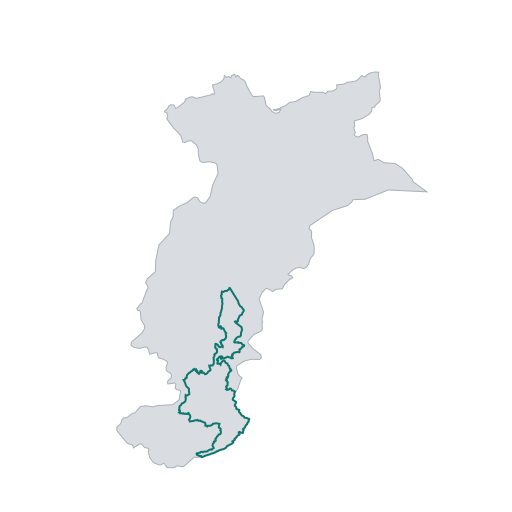 K.P. on a map of Pakistan (Natural Earth projection), rotated 164°
{"feature_id": "PAK-1123", "entity_name": "K.P.", "entity_type": "Province", "adm_level": 1, "iso_a3": "PAK", "parent_name": "Pakistan", "parent_adm1": "", "projection": "natural_earth1", "projection_center": [72.151, 34.071], "detail": "fine", "context": "in_parent", "style": "outline", "palette": "teal", "viewbox_px": 512, "rotation_deg": 164, "n_neighbors": 0, "source": "natural_earth", "source_scale": "10m", "svg_char_len": 9657}
<svg xmlns="http://www.w3.org/2000/svg" viewBox="0 0 512 512"><g transform="rotate(164 256 256)"><path d="M431.4,111.4L437.9,126.5L436.9,129.8L432.1,132.3L430.2,135.4L427.9,136.8L424.9,136.2L418.6,138.7L415.7,138.6L408.4,143.2L402.6,142.2L396.7,139.4L391.5,139.3L377.0,136.0L369.5,139.0L365.8,146.6L366.2,148.0L368.7,149.1L369.8,150.5L370.0,151.7L368.3,154.9L369.3,156.4L375.9,157.2L376.0,158.4L375.3,160.1L370.5,162.8L370.0,164.6L370.6,167.0L373.9,170.5L373.2,173.8L370.4,177.7L370.7,179.2L373.4,182.3L377.4,184.6L378.0,188.2L377.5,189.6L378.6,190.7L385.5,191.0L385.0,195.2L386.0,198.3L388.3,199.3L392.8,199.1L398.3,201.6L400.6,204.2L400.4,205.9L398.8,208.0L387.3,213.2L383.2,216.8L382.2,219.7L384.1,226.5L382.5,234.2L383.0,235.6L384.6,236.2L385.1,238.3L379.4,242.2L378.5,242.2L371.1,252.5L368.7,254.8L368.3,257.1L369.5,260.6L366.7,264.2L357.1,268.5L353.7,279.1L346.3,293.4L333.6,301.0L332.5,302.5L328.8,312.1L324.7,316.8L322.9,322.7L315.5,325.2L307.4,326.3L300.3,329.5L298.6,329.6L296.2,328.0L294.8,323.4L291.6,321.0L289.7,321.0L283.7,325.8L278.1,336.1L269.8,345.7L268.3,354.5L269.1,356.2L274.3,359.3L281.7,360.7L283.7,362.7L283.3,370.7L282.0,374.6L282.5,379.0L286.2,384.6L290.4,385.3L293.2,384.6L295.0,385.7L295.0,392.4L300.2,402.3L304.0,412.6L302.4,414.5L302.3,415.8L302.3,418.1L304.0,419.6L303.9,420.5L300.3,422.0L298.5,424.3L296.4,424.9L293.3,423.8L292.6,420.0L291.2,420.1L282.3,423.6L280.5,426.2L275.5,426.9L273.5,426.7L269.9,423.9L254.8,423.4L253.2,424.2L252.1,422.8L250.9,424.2L250.7,432.4L245.3,432.3L240.6,433.4L237.9,435.4L236.7,438.2L234.9,435.6L233.0,436.1L230.9,434.1L229.9,436.2L226.5,436.6L226.0,433.6L224.1,434.7L222.7,433.1L222.1,430.9L219.6,428.9L218.3,426.6L217.9,421.4L215.3,410.7L213.7,409.7L204.7,407.8L204.2,406.0L204.7,397.8L201.8,393.6L201.0,390.7L198.6,388.2L196.2,387.5L193.8,387.8L191.8,390.5L196.9,390.1L199.5,391.8L194.1,391.3L186.1,392.5L181.4,394.3L175.2,393.7L167.3,395.5L160.8,395.6L158.0,399.0L155.4,397.5L146.5,394.9L144.4,392.9L141.6,394.6L136.7,393.4L132.9,394.3L131.5,395.8L131.4,398.2L124.0,397.0L120.5,397.8L112.5,396.7L110.4,397.0L104.4,400.3L101.8,397.8L99.3,399.7L95.1,400.4L91.4,400.2L87.3,398.9L88.5,396.2L89.9,383.4L92.0,380.9L93.5,372.0L94.3,370.4L99.9,367.8L100.8,366.4L103.4,366.8L105.1,363.1L108.1,361.2L116.0,358.9L124.5,358.7L125.2,353.6L126.7,352.4L126.6,347.0L128.1,345.7L128.0,344.9L127.0,343.4L125.0,342.2L119.3,343.1L115.8,342.2L115.9,339.3L117.1,335.5L115.8,321.6L116.3,315.0L111.9,315.2L107.2,310.3L96.8,306.6L91.0,299.9L84.8,286.9L84.5,284.0L74.1,270.6L110.7,283.0L135.4,280.5L147.3,283.4L149.0,281.6L154.1,279.2L169.9,278.8L195.7,270.4L197.6,267.6L196.1,265.5L196.0,263.7L197.6,257.9L197.3,250.0L198.7,244.7L199.9,241.7L204.4,238.7L207.5,233.9L209.7,232.0L211.9,230.9L214.2,231.0L216.2,232.6L220.0,233.3L223.7,232.8L230.2,229.8L230.1,228.9L227.1,226.8L226.6,225.4L227.7,224.5L230.3,224.2L236.5,220.7L239.8,217.2L246.1,218.6L249.6,217.2L253.7,221.5L255.6,221.9L260.5,219.0L264.9,213.6L264.2,199.9L267.9,193.1L267.9,190.9L269.0,189.0L270.1,183.8L271.6,182.6L274.6,181.8L279.5,181.3L287.1,176.5L287.6,174.3L284.3,167.4L278.5,159.8L279.0,156.8L281.3,155.5L288.7,158.0L296.0,158.3L304.8,155.6L305.7,153.7L305.8,146.8L303.0,142.4L305.2,140.5L310.3,133.2L313.9,130.5L317.5,124.5L315.9,121.6L317.1,118.4L316.5,114.6L315.3,113.2L313.3,106.7L311.4,103.8L308.0,101.0L309.0,98.8L317.6,90.2L320.9,90.3L322.0,88.9L328.1,84.8L329.4,83.0L339.7,79.5L350.6,78.4L364.9,77.8L370.9,79.6L383.2,73.8L385.2,73.8L389.6,76.1L393.2,75.1L395.2,75.5L399.7,77.2L401.4,82.0L402.2,82.3L404.7,81.4L406.8,81.9L411.6,85.7L413.7,91.7L413.6,97.5L412.2,99.7L412.4,100.8L415.9,102.6L417.7,106.8L420.0,107.3L426.6,105.3L426.9,108.4L431.4,111.4Z" fill="#d9dde1" stroke="#a8b0b8" stroke-width="1"/><path d="M362.1,77.6L363.7,77.7L363.6,78.2L363.9,78.9L365.3,79.3L367.4,80.9L367.7,81.6L367.5,82.6L367.3,82.7L365.4,82.2L364.7,82.6L363.9,82.3L363.0,82.9L361.7,82.7L361.1,82.0L360.6,82.2L359.5,82.2L357.2,81.6L354.5,82.5L352.7,82.6L351.9,82.0L350.9,82.7L349.6,83.0L349.6,84.0L350.1,85.6L349.2,87.4L347.6,88.3L347.8,88.9L347.7,89.2L345.7,89.5L345.5,90.1L345.5,91.3L345.3,91.6L344.3,92.0L343.3,93.2L341.8,93.9L341.2,94.7L339.7,94.6L339.1,94.9L338.6,95.5L338.1,97.4L338.4,98.1L337.7,99.1L337.6,99.5L337.9,100.2L338.8,101.0L339.0,101.7L337.4,104.8L340.5,106.2L343.5,106.6L343.8,106.6L344.0,106.2L345.2,105.6L347.4,105.5L349.0,106.1L349.5,106.0L350.0,105.6L351.5,107.0L350.9,107.7L350.9,109.7L354.5,112.5L354.9,113.1L356.5,113.4L357.2,114.5L357.9,114.2L358.4,114.3L359.3,114.9L362.0,114.7L365.2,115.2L365.5,117.3L364.2,118.1L363.4,119.8L363.3,121.1L364.0,122.3L364.0,123.4L364.4,123.8L365.2,123.1L366.0,123.2L366.7,123.5L367.3,124.0L367.8,123.8L368.6,124.1L369.3,124.9L370.1,124.7L371.0,125.5L372.5,125.7L372.6,126.2L373.1,126.8L372.3,127.2L371.8,128.0L371.8,128.5L372.4,128.8L372.5,129.2L371.8,130.0L371.6,131.4L371.1,131.9L370.9,132.6L370.6,132.9L369.3,133.3L367.9,134.7L366.3,134.7L365.5,135.2L364.8,135.3L363.9,136.0L362.6,138.5L362.8,139.6L362.0,141.5L361.6,140.9L361.1,140.8L360.0,141.3L359.1,141.2L358.2,141.5L357.9,142.6L357.9,143.6L357.7,144.1L357.6,145.2L357.1,146.7L357.2,147.2L358.7,149.6L359.1,151.5L359.1,153.4L359.7,156.7L359.1,156.5L358.4,156.8L357.5,158.0L356.7,157.8L356.3,157.9L356.1,158.3L356.2,158.7L355.1,160.6L353.6,161.4L352.5,162.2L351.4,162.2L350.2,163.0L348.9,163.2L347.7,164.2L346.6,164.4L346.6,163.8L344.7,163.6L344.7,162.9L345.3,162.3L345.5,162.0L345.1,161.7L344.6,161.8L344.3,161.6L344.7,161.1L344.7,160.3L344.5,160.1L344.0,160.2L343.6,159.7L343.7,158.9L343.3,158.4L342.9,158.5L342.4,159.0L342.4,159.5L341.9,159.8L341.4,160.6L340.6,160.9L339.6,160.1L339.7,159.7L340.5,159.0L340.4,158.8L340.0,158.6L338.5,158.3L338.2,157.9L337.6,156.4L336.3,156.4L335.5,156.6L333.7,158.0L331.3,158.7L331.0,159.7L331.3,162.3L331.2,163.4L330.6,163.1L330.1,163.4L327.9,162.7L327.3,163.4L326.4,163.9L325.4,166.6L325.3,168.0L324.9,168.7L324.9,169.9L323.7,171.0L323.1,172.2L323.2,172.8L322.6,173.3L321.4,173.4L320.1,174.1L319.8,174.6L319.8,175.6L319.2,176.9L319.3,177.3L319.7,177.6L320.4,178.8L320.4,179.3L320.3,179.9L319.7,180.8L319.5,181.3L319.5,182.4L319.2,182.7L318.2,182.2L317.3,181.3L316.9,180.5L316.9,179.3L316.3,178.6L315.6,178.2L314.5,178.5L313.7,178.2L313.1,177.6L313.0,177.8L312.8,178.9L313.1,179.4L313.2,180.0L313.6,180.7L313.4,182.2L313.9,182.5L314.0,182.9L313.9,183.3L313.3,183.9L311.3,184.5L310.2,184.0L307.8,185.2L306.9,186.7L306.6,189.6L305.9,190.1L306.8,192.1L306.9,193.4L307.3,195.4L307.9,195.8L309.3,195.6L309.4,196.3L309.0,197.4L309.4,198.3L309.6,198.3L310.5,197.1L311.0,197.2L311.4,198.1L311.3,200.0L311.0,200.9L309.9,202.5L309.7,203.8L309.1,205.1L308.6,206.8L308.3,207.3L307.3,208.0L306.3,209.2L306.0,210.8L304.7,212.3L304.3,213.5L303.3,214.6L302.7,216.8L301.2,219.8L301.3,221.1L300.2,224.1L300.9,225.2L300.5,225.8L300.7,226.6L300.5,227.6L299.5,228.4L299.3,229.3L299.4,229.8L298.5,231.2L297.2,230.4L295.5,231.0L293.6,230.4L292.4,231.1L291.3,231.2L290.9,231.7L290.6,232.4L290.0,232.5L286.3,219.4L285.9,218.6L285.7,217.1L285.8,215.2L285.0,212.0L284.1,211.2L283.8,210.7L283.3,208.8L282.6,207.6L282.7,207.1L283.3,206.2L284.8,205.0L285.7,203.6L286.7,203.4L287.5,203.4L288.8,202.5L289.4,201.5L290.7,200.2L291.5,198.1L292.2,198.0L293.7,198.9L294.3,198.7L294.1,197.8L290.0,192.2L289.6,192.0L289.7,188.9L290.1,188.5L291.7,186.0L292.4,183.8L293.5,183.0L295.4,183.2L297.5,182.6L298.2,181.8L298.9,181.6L300.4,179.9L300.7,179.2L300.5,178.8L299.2,178.4L296.8,178.1L296.7,177.9L296.8,177.3L294.3,176.6L293.8,175.8L293.5,174.5L292.1,173.6L292.1,173.0L292.6,172.6L294.5,172.3L295.6,171.2L297.6,170.8L297.8,170.5L297.8,169.2L298.4,168.2L298.8,168.1L299.9,168.8L303.5,169.1L304.1,168.9L304.7,168.4L305.9,168.1L306.0,167.9L305.5,167.6L305.6,167.3L306.9,166.5L306.5,165.3L306.5,164.2L308.1,164.5L308.8,165.5L311.3,167.1L312.2,166.8L313.6,166.5L317.1,166.8L317.8,166.7L318.1,167.0L318.0,167.5L316.4,168.2L316.2,168.5L316.5,168.9L317.3,169.2L318.7,169.3L321.1,167.8L322.1,167.4L322.3,167.1L322.3,166.9L321.2,165.9L322.7,163.7L322.8,163.3L322.7,163.0L320.9,162.7L320.6,162.3L320.1,161.3L319.2,162.7L318.2,163.5L317.0,164.2L315.9,164.4L315.3,164.3L314.8,163.1L314.8,162.0L313.2,160.6L313.1,159.0L312.3,157.9L312.1,157.3L312.3,155.8L312.1,155.2L311.8,154.8L312.1,154.4L312.1,153.9L312.1,153.7L311.3,153.2L311.3,152.7L313.1,152.0L314.7,150.7L314.9,150.4L315.6,149.7L315.6,148.4L316.1,147.9L316.2,147.5L316.8,146.9L317.5,147.3L317.6,146.4L318.3,146.2L318.3,145.4L319.1,145.0L318.8,144.3L318.3,144.2L318.3,143.3L317.9,142.2L318.5,141.6L318.8,139.9L319.8,139.1L320.1,139.2L320.6,138.9L320.7,137.7L320.5,137.0L321.5,136.2L321.0,135.4L319.2,135.1L317.7,135.8L317.0,135.6L316.6,135.2L316.2,133.4L314.8,132.9L313.6,131.3L314.2,130.9L314.5,130.0L315.1,129.3L315.1,127.6L315.6,126.8L317.2,125.8L317.9,124.4L317.8,124.0L317.2,123.4L315.5,121.3L315.6,120.6L317.6,118.3L317.6,117.8L316.8,116.6L316.7,116.0L317.0,114.5L316.4,113.8L314.7,112.9L314.5,112.4L315.2,111.3L315.3,110.8L315.2,110.3L314.4,109.3L314.3,108.2L313.4,106.4L312.1,105.3L311.8,104.9L311.7,104.0L311.4,103.6L309.5,102.9L309.0,102.3L307.6,101.4L307.5,100.9L308.5,99.8L308.8,98.7L310.5,97.7L310.9,96.7L312.3,96.2L314.5,93.9L316.2,93.2L315.9,92.4L316.0,92.0L316.7,91.1L317.2,89.9L317.4,89.6L318.2,89.8L319.5,90.6L320.1,91.3L320.5,91.5L321.2,91.3L321.4,91.0L321.0,89.9L321.0,89.0L321.4,88.7L323.2,88.5L325.5,86.7L326.8,86.3L327.2,85.9L327.1,85.2L327.3,85.0L329.7,84.3L329.3,83.3L329.3,82.9L329.7,82.7L330.7,82.3L332.6,81.8L333.6,81.8L334.5,81.5L336.0,81.4L337.3,80.3L338.4,79.7L339.8,79.4L341.3,79.3L343.1,79.5L345.1,79.4L346.8,78.8L347.8,79.1L348.9,78.5L352.2,78.2L353.9,78.4L355.3,78.0L356.4,78.1L357.8,77.9L359.2,78.1L362.1,77.6Z" fill="none" stroke="#0f766e" stroke-width="2"/></g></svg>